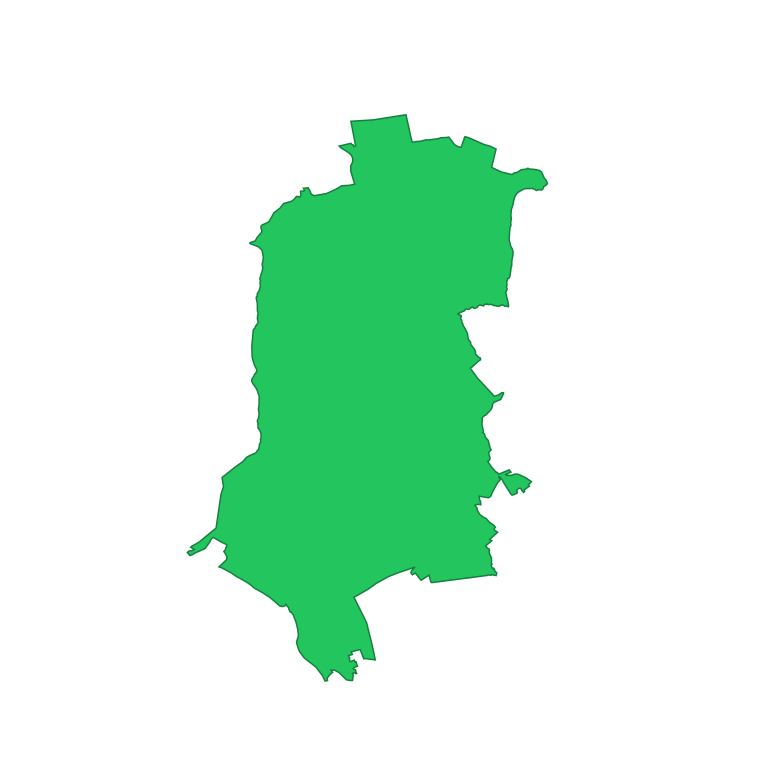 the district of Bocsa, Salaj, Romania, rotated 228°
{"feature_id": "2599482B47822802505944", "entity_name": "Bocsa", "entity_type": "district", "adm_level": 2, "iso_a3": "ROU", "parent_name": "Romania", "parent_adm1": "Salaj", "projection": "equal_earth", "projection_center": [22.907, 47.29], "detail": "fine", "context": "isolated", "style": "filled", "palette": "green", "viewbox_px": 768, "rotation_deg": 228, "n_neighbors": 0, "source": "geoboundaries", "source_scale": "gbopen_adm2", "svg_char_len": 6171}
<svg xmlns="http://www.w3.org/2000/svg" viewBox="0 0 768 768"><g transform="rotate(228 384 384)"><path d="M483.6,624.5L489.7,622.0L495.1,618.6L510.4,611.7L513.6,609.7L513.0,608.0L511.9,606.8L511.9,606.2L508.2,599.7L511.3,597.6L514.6,596.6L524.2,597.4L525.0,595.9L528.8,591.2L530.0,588.5L535.9,579.9L537.2,578.9L540.0,573.5L542.4,570.5L543.7,568.2L545.2,566.8L569.4,580.5L587.6,552.6L601.4,535.2L580.0,522.3L580.7,520.5L582.2,521.1L583.7,520.3L585.0,520.5L590.8,509.9L588.5,510.0L579.7,512.5L575.5,512.8L572.5,511.6L570.1,509.5L568.3,505.1L564.2,501.6L552.1,495.9L554.7,491.4L559.7,485.1L560.5,480.0L564.0,468.7L570.6,458.2L572.6,457.2L574.3,457.1L576.1,457.9L580.5,459.0L583.4,455.1L581.0,454.4L581.1,453.4L583.1,451.2L583.0,450.7L580.4,449.1L579.6,448.3L579.1,447.2L582.0,444.4L581.4,441.1L581.6,437.7L585.3,430.2L584.3,424.1L584.9,416.9L581.7,407.3L582.3,404.0L583.4,401.0L583.8,399.0L583.3,398.0L582.2,396.9L580.0,396.0L578.7,394.8L577.9,388.2L576.5,384.0L578.7,379.1L578.2,378.4L577.9,378.4L570.4,382.4L565.3,383.0L559.1,379.3L555.7,375.5L554.9,374.0L553.1,372.5L552.1,372.3L549.8,369.6L545.6,362.5L544.7,361.7L543.5,361.4L542.0,359.4L539.3,357.4L536.8,353.4L536.2,350.9L535.2,349.4L534.2,348.8L534.1,347.6L533.5,346.6L528.7,343.8L523.0,338.8L521.4,338.2L520.2,337.2L519.7,336.2L517.3,333.6L514.2,332.0L513.7,331.0L513.0,327.6L512.0,325.7L511.7,323.1L500.7,311.2L491.8,303.7L485.0,300.5L480.0,299.1L478.8,298.5L478.2,297.0L477.8,294.1L476.8,292.5L476.1,289.4L474.9,287.7L472.1,286.8L467.2,286.3L463.8,285.4L458.4,283.0L452.1,277.2L449.2,273.7L446.0,271.7L443.3,268.9L441.4,265.2L439.2,264.1L435.5,260.9L431.9,260.5L429.2,259.2L426.7,257.1L425.5,255.1L423.4,253.6L422.7,251.4L419.3,247.1L419.3,245.3L418.7,243.1L418.9,241.4L420.3,237.7L421.5,233.0L420.8,227.4L421.9,217.5L422.9,201.1L415.1,196.0L411.2,189.2L389.3,162.8L390.3,140.1L392.1,132.6L392.1,131.1L388.1,132.3L388.6,129.8L390.4,127.2L390.4,125.1L386.4,125.0L385.4,127.2L384.7,130.9L381.4,140.8L382.9,147.7L384.4,152.0L384.4,154.4L376.9,156.8L370.1,159.5L369.4,159.4L368.7,158.3L366.8,154.5L366.8,153.0L360.8,151.8L359.5,150.5L358.8,148.8L358.5,139.0L356.0,140.4L345.5,144.2L339.9,145.5L328.9,149.3L321.7,150.9L319.8,150.8L310.8,153.9L301.7,156.4L288.7,158.1L286.5,159.6L285.5,161.8L285.8,163.5L281.4,163.4L280.6,162.7L277.2,161.7L276.7,162.4L273.5,162.2L266.2,159.4L259.5,155.8L254.6,152.3L253.0,150.2L251.0,146.6L249.9,145.7L244.1,143.0L241.6,142.2L233.9,141.4L219.1,144.0L208.2,143.1L202.7,141.4L201.4,143.6L203.3,144.8L203.6,145.6L204.3,149.9L204.0,152.8L206.9,153.3L204.3,155.8L199.6,157.5L189.4,158.1L186.4,160.3L184.8,162.3L188.2,166.3L190.0,167.0L190.0,167.4L189.2,168.4L189.2,169.1L187.4,169.4L187.2,170.1L188.6,170.2L190.3,171.5L190.8,171.6L191.9,170.7L193.0,170.6L193.3,172.4L192.0,175.4L196.3,177.3L196.6,176.5L198.8,177.1L200.2,173.1L201.0,173.4L202.8,174.1L203.3,175.2L205.9,175.7L204.2,179.5L206.9,180.5L202.6,188.6L193.3,185.1L192.5,186.3L184.8,192.9L197.4,200.2L218.2,211.3L245.6,219.0L242.2,234.4L241.0,244.8L238.0,258.1L234.4,267.8L227.4,284.0L227.1,284.0L226.9,280.0L226.3,278.5L225.7,277.7L223.3,277.4L222.5,280.6L221.9,280.8L213.3,280.2L211.8,289.6L205.7,286.4L204.5,286.5L175.0,329.2L172.6,332.7L172.6,333.4L170.3,335.5L170.3,336.3L166.6,339.2L168.1,341.4L171.7,341.3L172.0,342.0L173.8,342.2L174.1,341.4L174.6,341.3L177.2,342.1L177.7,342.7L177.7,343.6L179.6,344.4L180.3,345.4L182.3,346.8L182.6,347.4L187.4,348.9L189.5,350.2L189.6,351.0L191.3,351.7L192.4,351.1L195.7,351.2L195.4,359.2L197.8,358.5L197.8,369.3L201.3,368.3L202.7,369.1L203.0,370.9L205.2,371.1L210.8,369.9L215.6,369.9L220.2,368.2L223.5,368.0L227.7,368.8L229.2,370.0L233.1,370.4L233.1,370.9L231.5,373.6L229.5,375.2L232.6,377.4L233.3,377.2L237.0,379.6L230.0,385.1L229.4,385.9L229.2,388.2L230.9,391.8L234.5,401.9L235.0,406.1L238.3,407.4L237.9,407.8L233.0,407.7L231.7,407.1L220.1,405.1L216.2,404.6L215.6,405.0L214.6,407.1L214.7,407.8L213.8,409.3L214.5,410.8L216.2,411.1L216.3,414.1L215.7,415.2L214.5,415.7L211.9,415.1L210.0,415.2L210.1,416.7L211.5,417.1L210.8,423.6L212.3,423.7L212.8,428.2L220.2,426.4L227.0,423.4L229.5,421.0L230.5,418.0L234.1,413.9L235.3,413.9L233.6,419.4L236.4,419.6L240.1,409.3L240.5,409.1L242.9,408.9L243.1,408.3L246.3,408.3L250.6,408.4L256.9,409.3L256.9,411.7L258.3,413.5L261.9,415.0L263.0,416.1L263.4,419.6L265.4,420.0L272.4,423.7L277.0,423.8L279.5,425.3L281.8,424.9L281.9,426.0L288.5,429.7L292.2,433.7L292.9,434.0L293.5,435.8L292.8,439.1L293.3,445.7L294.1,448.4L296.3,451.4L296.8,452.5L296.6,454.0L294.4,460.5L297.0,466.7L297.7,466.9L298.7,465.9L299.2,462.1L301.0,457.8L325.7,457.4L337.8,458.7L338.1,459.3L337.7,460.8L337.8,469.2L337.4,472.0L338.5,472.9L339.5,472.9L340.4,472.2L345.0,472.1L347.1,473.8L350.5,474.6L354.9,474.8L356.4,475.6L356.6,476.1L361.0,476.7L365.9,479.9L372.9,481.8L373.8,481.6L376.2,482.9L377.6,483.1L379.4,484.4L381.3,484.7L382.1,485.5L382.3,486.6L382.8,486.9L383.7,487.1L384.5,486.2L386.6,485.8L387.0,486.2L386.1,487.1L386.0,488.8L384.5,492.9L385.1,494.4L384.9,495.3L383.3,496.3L382.5,497.6L382.5,499.2L382.1,501.2L380.7,501.3L379.3,502.2L378.6,504.6L379.2,506.3L378.7,507.8L377.5,509.0L375.5,510.1L375.8,511.6L375.5,512.9L374.5,513.5L374.5,514.1L372.9,514.9L372.1,516.4L370.3,517.6L369.0,517.8L367.7,519.3L366.6,519.7L366.1,520.7L365.1,521.1L364.5,522.0L364.5,523.5L362.8,525.4L360.7,525.9L360.0,527.2L358.2,528.0L358.4,528.6L362.2,531.2L366.9,533.5L368.7,534.9L370.6,535.5L371.0,536.9L372.1,538.9L372.9,539.5L374.0,539.7L375.2,541.6L377.7,543.4L379.5,546.5L379.0,547.5L379.5,549.2L383.1,553.7L384.0,554.4L384.7,555.8L386.3,556.8L386.1,557.7L390.5,562.0L393.3,565.8L395.8,568.3L398.3,569.6L401.9,570.5L407.4,573.4L416.0,582.3L416.8,584.4L419.1,586.1L421.6,589.3L424.5,591.2L428.5,595.5L430.6,599.3L433.3,602.9L435.8,606.9L436.7,610.5L436.6,612.5L435.9,616.3L434.9,619.4L429.9,625.2L427.6,626.5L426.1,626.5L425.7,626.9L425.2,628.7L422.7,630.9L422.5,632.3L423.8,634.6L423.3,637.6L423.3,638.6L423.8,639.7L426.5,640.8L430.2,641.0L436.3,643.0L438.6,642.5L442.7,639.5L446.5,635.9L448.0,635.3L448.4,634.7L448.3,633.9L451.3,629.5L452.3,624.3L454.0,621.3L453.7,620.2L454.4,619.0L462.9,613.1L472.6,609.1L473.4,609.5L483.6,624.5Z" fill="#22c55e" stroke="#15803d" stroke-width="1.5"/></g></svg>